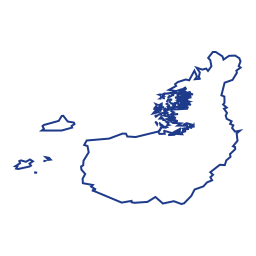 Westport Lea-4, Mayo, Ireland
{"feature_id": "5873133B76630404476162", "entity_name": "Westport Lea-4", "entity_type": "district", "adm_level": 2, "iso_a3": "IRL", "parent_name": "Ireland", "parent_adm1": "Mayo", "projection": "natural_earth1", "projection_center": [-9.682, 53.797], "detail": "fine", "context": "isolated", "style": "outline", "palette": "blue", "viewbox_px": 256, "rotation_deg": 0, "n_neighbors": 0, "source": "geoboundaries", "source_scale": "gbopen_adm2", "svg_char_len": 5995}
<svg xmlns="http://www.w3.org/2000/svg" viewBox="0 0 256 256"><path d="M168.9,89.9L173.8,90.7L172.6,92.2L174.4,93.3L176.5,92.8L174.6,91.6L180.8,89.5L181.0,91.0L178.5,92.8L180.7,92.9L183.0,90.9L182.2,89.4L185.2,87.6L185.9,88.8L183.5,90.6L187.2,92.7L185.6,92.2L176.6,94.9L188.3,93.5L187.2,92.7L190.5,91.8L188.9,93.1L193.0,94.4L183.9,94.3L180.9,95.8L186.9,94.6L188.8,95.6L178.7,97.0L182.3,98.4L191.4,97.2L182.0,99.7L188.2,99.9L176.3,101.5L188.2,101.2L189.5,101.6L183.8,103.0L189.0,103.2L190.7,105.1L186.8,103.3L179.6,104.2L188.3,104.8L184.9,105.7L188.5,107.8L183.2,106.4L181.0,107.1L185.7,107.4L184.9,108.1L180.6,107.5L180.7,106.6L183.0,106.0L178.5,104.6L179.4,105.9L176.6,107.0L187.9,108.7L171.7,109.6L171.3,111.2L173.8,112.3L170.9,114.4L178.1,114.0L171.3,115.1L175.8,118.2L168.9,116.6L168.8,117.9L177.7,121.1L174.8,121.5L171.2,119.1L172.1,119.9L170.1,120.4L171.3,120.9L169.7,120.7L172.8,122.9L180.9,123.4L177.7,125.6L187.7,125.7L184.6,124.1L186.7,123.2L192.0,124.7L190.6,125.7L192.8,126.5L193.6,125.2L193.7,126.6L192.9,126.7L188.7,125.7L191.7,126.4L191.3,127.8L187.4,126.9L186.3,128.2L188.8,129.0L183.1,129.6L182.9,131.1L186.0,131.2L181.6,132.4L182.3,134.3L176.4,133.9L174.2,132.6L176.6,132.3L175.5,131.8L175.8,131.6L177.9,132.7L178.5,132.6L177.2,131.8L179.7,131.4L180.0,128.9L174.1,132.0L174.0,132.6L174.9,134.4L174.3,134.8L168.2,135.1L173.3,133.5L166.0,131.3L164.4,131.6L164.7,133.8L159.5,133.9L158.1,131.7L159.6,130.8L160.7,128.6L158.4,131.5L135.8,137.0L127.3,136.5L126.0,133.7L122.5,133.6L109.1,138.6L86.7,140.5L84.2,145.0L87.5,146.0L88.7,152.3L83.5,160.8L83.2,165.3L81.1,166.5L81.4,169.6L85.2,174.0L82.6,178.8L82.9,183.2L92.8,185.0L91.1,186.6L96.0,189.6L93.7,188.8L93.2,190.7L121.7,202.6L131.5,200.9L131.6,202.3L134.5,202.8L147.5,201.9L155.4,197.0L162.9,203.5L173.8,201.2L181.4,204.0L184.1,203.3L191.3,195.9L194.6,189.5L203.4,186.4L207.0,182.4L212.1,180.3L210.4,177.2L213.0,174.8L210.3,172.2L219.8,164.8L224.8,165.1L226.3,160.4L230.5,156.8L230.0,154.1L235.2,149.2L235.1,147.1L233.0,146.3L237.5,140.8L236.7,133.4L239.9,130.7L235.0,131.6L232.1,128.0L233.3,125.3L230.1,123.9L231.6,121.3L226.7,118.8L225.7,115.6L227.0,112.9L224.0,108.7L226.7,107.6L223.1,104.5L224.5,102.7L224.4,96.6L221.4,95.3L224.6,82.7L232.5,79.9L236.9,72.8L236.4,70.6L240.6,67.6L238.7,66.1L240.5,61.4L239.3,58.2L235.2,55.6L229.1,55.8L223.5,59.6L222.4,56.3L215.7,52.0L212.8,52.0L208.2,57.9L210.3,60.2L211.4,66.3L208.0,70.9L206.2,68.6L202.3,69.6L196.6,67.7L199.8,72.4L198.7,78.0L200.5,78.8L195.0,79.2L197.0,76.5L194.4,70.7L189.2,80.3L185.7,79.5L177.7,82.1L175.1,84.2L176.1,86.0L168.9,89.9ZM58.7,120.9L43.8,125.0L42.5,126.1L43.9,128.8L41.8,130.5L61.7,130.5L72.1,127.6L71.6,126.0L74.5,124.1L73.9,122.6L67.7,121.5L63.3,115.8L61.7,116.0L58.7,120.9ZM29.5,163.6L32.9,161.3L30.0,159.5L25.9,161.8L21.0,160.4L19.3,161.1L20.1,163.2L15.4,166.2L17.3,166.5L16.1,168.6L18.2,169.0L29.6,166.5L31.0,165.6L29.5,163.6ZM168.6,115.1L166.1,112.2L161.4,113.3L166.6,113.0L163.8,115.5L167.1,116.4L168.6,115.1ZM158.8,110.3L162.4,108.9L159.9,109.3L156.6,111.9L154.8,112.3L156.0,111.6L157.0,110.1L155.7,110.3L153.0,113.5L158.9,112.1L158.8,110.3ZM45.7,157.2L48.4,159.9L50.7,159.6L49.0,157.8L45.7,157.2ZM167.5,109.2L163.3,110.8L169.0,109.7L167.5,109.2ZM169.5,107.4L171.9,108.2L175.5,107.3L169.5,107.4ZM175.1,104.5L172.3,105.5L175.2,105.7L175.1,104.5ZM180.2,98.1L177.9,99.6L180.8,99.7L180.2,98.1ZM154.3,108.9L157.8,109.0L158.6,108.4L154.6,108.4L156.9,107.6L156.2,106.3L154.6,107.9L154.3,108.9ZM159.7,118.6L163.0,118.7L161.2,116.8L159.7,118.6ZM179.1,103.6L177.1,102.8L174.2,103.0L179.1,103.6ZM168.2,119.9L169.0,118.8L167.1,119.1L168.2,119.9ZM161.7,105.1L161.7,103.7L159.5,104.9L161.7,105.1ZM168.0,122.0L165.6,121.6L169.3,123.3L168.0,122.0ZM158.2,115.1L155.9,115.9L155.0,115.2L155.9,116.7L158.2,115.1ZM167.6,124.4L167.2,125.4L168.9,125.0L167.6,124.4ZM159.2,108.3L162.0,107.5L164.0,107.3L162.6,107.1L159.2,108.3ZM166.6,127.3L165.1,126.7L163.9,127.5L165.5,127.7L166.6,127.3ZM162.4,126.8L161.1,127.3L160.6,128.1L160.8,128.6L162.4,126.8ZM165.7,103.9L167.6,104.0L168.4,103.7L165.7,103.9ZM168.0,106.8L170.0,106.8L166.8,106.3L168.0,106.8ZM168.6,95.7L169.9,96.7L170.6,96.3L168.6,95.7ZM166.2,120.7L163.2,119.7L162.4,119.8L166.2,120.7ZM36.0,172.4L34.2,172.4L36.8,173.0L36.0,172.4ZM181.8,102.4L180.1,102.9L182.5,102.9L181.8,102.4ZM174.9,97.6L177.0,97.9L178.5,97.4L174.9,97.6ZM172.1,99.8L170.6,99.4L167.1,100.0L168.5,99.8L172.1,99.8ZM157.1,124.5L157.4,123.6L155.3,121.5L157.1,124.5ZM165.2,108.5L163.3,108.8L166.0,109.0L165.2,108.5ZM161.0,114.6L160.5,113.7L159.2,114.5L161.0,114.6ZM164.9,93.8L168.7,93.5L168.9,93.2L164.9,93.8ZM172.4,93.1L170.1,92.8L169.9,93.2L172.4,93.1ZM174.0,95.1L172.7,94.6L171.2,95.4L174.0,95.1ZM161.2,124.9L159.6,125.0L161.2,125.3L161.2,124.9ZM161.3,94.9L160.1,94.4L159.1,94.7L160.0,95.0L161.3,94.9ZM155.8,104.1L156.3,104.9L156.8,104.5L155.8,104.1ZM166.2,101.2L167.8,101.4L168.4,101.3L166.2,101.2ZM178.2,95.9L176.7,96.3L179.0,96.0L178.2,95.9ZM164.0,94.3L164.1,93.7L163.2,94.1L164.0,94.3ZM160.1,96.6L161.2,97.5L161.7,97.3L160.1,96.6ZM162.5,98.2L164.3,98.2L164.7,98.0L162.5,98.2ZM167.0,108.5L168.6,108.9L168.8,108.7L167.0,108.5ZM161.7,106.7L160.3,106.3L159.8,106.6L161.7,106.7ZM163.3,126.2L162.5,125.5L162.0,126.2L163.3,126.2ZM163.4,95.8L161.8,95.8L163.5,95.9L163.4,95.8ZM163.3,131.6L164.5,130.9L165.0,131.0L164.6,130.8L163.3,131.6ZM169.1,101.6L170.3,102.0L170.7,101.9L169.1,101.6ZM176.2,133.5L177.5,133.1L177.1,132.5L176.2,133.5ZM171.0,103.2L171.4,103.6L172.0,103.4L171.0,103.2ZM43.6,160.7L44.3,161.1L44.8,160.9L43.6,160.7ZM171.4,108.4L170.4,108.7L171.8,108.6L171.4,108.4ZM184.6,128.9L184.5,128.3L183.7,128.5L184.6,128.9ZM168.0,97.5L169.3,97.5L167.4,97.4L168.0,97.5ZM167.8,110.7L167.0,110.4L166.6,110.7L167.8,110.7ZM169.9,105.7L169.1,105.4L168.8,105.6L169.9,105.7ZM159.7,123.2L159.3,123.4L159.9,123.4L159.7,123.2ZM160.8,98.4L160.4,98.6L161.3,98.7L160.8,98.4ZM183.7,91.6L183.4,91.8L184.3,91.7L183.7,91.6ZM160.3,111.4L161.2,111.4L160.7,111.2L160.3,111.4ZM92.8,190.7L92.5,190.4L91.9,190.5L92.8,190.7Z" fill="none" stroke="#1e3a8a" stroke-width="2"/></svg>